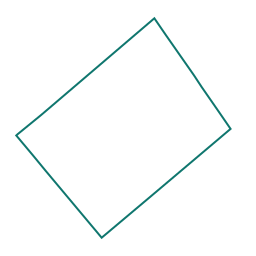 Kemper, Mississippi, United States of America (orthographic projection), rotated 320°
{"feature_id": "52423323B56584420152614", "entity_name": "Kemper", "entity_type": "district", "adm_level": 2, "iso_a3": "USA", "parent_name": "United States of America", "parent_adm1": "Mississippi", "projection": "orthographic", "projection_center": [-88.657, 32.753], "detail": "fine", "context": "isolated", "style": "outline", "palette": "teal", "viewbox_px": 256, "rotation_deg": 320, "n_neighbors": 0, "source": "geoboundaries", "source_scale": "gbopen_adm2", "svg_char_len": 331}
<svg xmlns="http://www.w3.org/2000/svg" viewBox="0 0 256 256"><g transform="rotate(320 128 128)"><path d="M37.3,195.1L103.4,195.0L206.0,194.6L207.8,176.1L210.8,143.7L212.4,130.0L216.7,81.5L218.7,60.9L70.1,62.2L39.5,61.8L37.6,61.9L37.6,84.2L37.6,87.2L37.4,107.9L37.3,195.1Z" fill="none" stroke="#0f766e" stroke-width="2"/></g></svg>